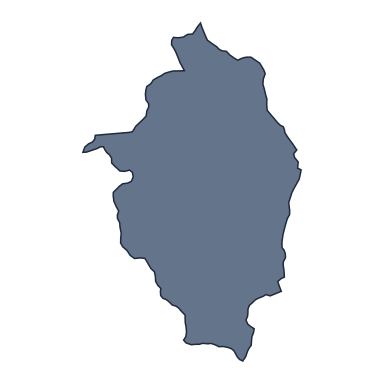 Japoatã, Sergipe, Brazil
{"feature_id": "56859067B54321289855838", "entity_name": "Japoatã", "entity_type": "district", "adm_level": 2, "iso_a3": "BRA", "parent_name": "Brazil", "parent_adm1": "Sergipe", "projection": "orthographic", "projection_center": [-36.794, -10.437], "detail": "fine", "context": "isolated", "style": "filled", "palette": "slate", "viewbox_px": 384, "rotation_deg": 0, "n_neighbors": 0, "source": "geoboundaries", "source_scale": "gbopen_adm2", "svg_char_len": 2661}
<svg xmlns="http://www.w3.org/2000/svg" viewBox="0 0 384 384"><path d="M214.9,344.7L219.0,346.7L223.3,346.5L227.8,347.4L231.4,348.7L234.1,350.9L235.7,354.0L237.4,357.1L239.6,359.5L242.8,361.0L245.7,356.6L247.4,351.6L248.8,348.6L251.2,345.3L251.5,341.0L251.9,336.7L253.4,333.0L254.2,328.7L250.8,326.6L247.8,324.2L246.0,320.1L247.6,316.2L247.9,312.8L248.0,308.9L249.4,305.4L252.7,302.4L255.4,299.8L258.6,298.1L262.8,296.5L266.0,294.6L270.1,295.9L275.7,293.6L281.3,291.3L279.5,286.6L277.7,281.6L281.1,278.6L284.4,277.1L284.1,272.4L283.7,268.5L283.2,264.8L283.4,261.6L285.5,257.7L285.3,253.6L284.2,250.4L282.0,247.5L282.0,241.9L282.5,238.0L283.0,234.5L284.1,230.1L285.7,224.0L287.3,218.7L289.6,214.5L289.7,210.6L288.7,202.7L291.9,192.6L293.9,188.6L299.2,179.1L300.5,173.3L301.1,169.8L297.6,168.2L298.2,162.0L294.6,157.5L293.6,153.8L296.8,150.0L294.4,146.5L292.3,143.3L290.1,140.5L287.3,136.5L285.0,132.9L284.4,129.8L283.4,126.8L280.4,125.3L277.9,123.0L267.2,110.4L266.7,104.3L266.9,99.1L265.5,94.2L264.2,88.6L262.9,84.2L263.3,79.1L265.2,73.7L263.8,70.0L262.1,67.1L259.7,63.1L254.8,59.8L251.0,57.2L247.6,57.1L244.4,57.5L241.3,58.5L237.7,60.2L233.9,57.9L229.6,54.8L226.4,51.3L221.9,50.8L218.8,49.0L216.7,46.7L212.9,44.2L207.4,40.2L205.6,36.2L203.8,31.9L201.9,27.2L200.5,23.0L197.3,27.0L195.3,30.4L192.6,34.0L187.5,34.4L183.4,37.1L178.2,37.8L173.5,37.4L171.8,40.2L171.5,44.7L173.8,48.3L175.8,52.1L178.4,58.4L180.0,62.6L181.9,66.0L184.4,70.7L178.8,70.9L173.0,71.0L168.3,72.2L164.6,73.4L161.2,75.7L158.2,77.1L153.4,79.9L150.8,83.7L146.8,86.5L145.8,90.5L145.4,94.1L145.9,99.8L148.6,103.7L148.7,107.1L146.9,110.7L146.1,116.1L142.7,119.7L135.9,126.1L132.5,131.7L129.2,132.4L121.7,133.0L95.3,135.3L94.7,139.2L92.3,142.2L88.6,143.8L84.8,147.1L82.9,152.3L86.6,152.1L92.8,150.0L97.2,148.5L100.2,146.9L103.4,146.7L104.9,149.8L106.8,152.6L109.6,155.0L111.5,158.0L111.7,163.0L114.6,166.1L117.0,168.2L119.9,171.0L124.7,171.4L129.5,170.1L132.5,172.5L133.2,176.8L131.4,181.3L127.7,183.1L122.6,183.8L119.2,186.4L116.5,189.2L113.3,192.3L113.2,195.9L113.9,201.3L116.3,206.7L118.7,211.1L117.3,215.2L117.5,218.5L119.7,222.7L120.0,227.1L121.2,233.3L120.7,238.5L120.6,243.0L122.8,246.9L126.9,250.4L130.3,255.5L134.5,258.5L140.3,257.9L144.9,258.4L147.1,261.9L149.0,265.3L150.9,268.5L154.4,271.8L155.4,276.6L155.6,281.3L157.9,285.5L160.8,288.4L160.4,291.7L160.7,295.6L162.9,298.3L165.9,299.4L168.6,301.4L172.2,305.0L176.1,306.2L178.6,308.0L181.5,311.4L185.1,315.1L185.1,319.0L185.3,323.2L186.0,326.3L186.5,331.8L185.9,336.5L183.6,340.1L186.0,342.9L191.2,344.7L195.7,344.3L199.3,344.3L202.7,343.3L207.8,343.8L210.9,343.4L214.9,344.7Z" fill="#64748b" stroke="#1e293b" stroke-width="1.5"/></svg>